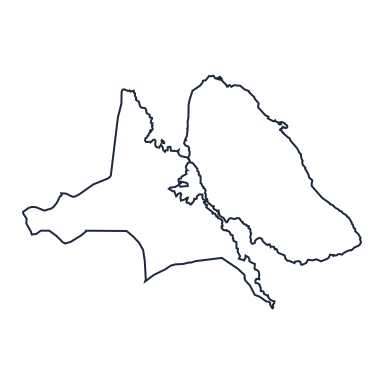 Samosir, Sumatera Utara, Indonesia (Albers equal-area conic projection)
{"feature_id": "22746128B81816662901100", "entity_name": "Samosir", "entity_type": "district", "adm_level": 2, "iso_a3": "IDN", "parent_name": "Indonesia", "parent_adm1": "Sumatera Utara", "projection": "albers", "projection_center": [98.751, 2.555], "detail": "fine", "context": "isolated", "style": "outline", "palette": "slate", "viewbox_px": 384, "rotation_deg": 0, "n_neighbors": 0, "source": "geoboundaries", "source_scale": "gbopen_adm2", "svg_char_len": 6057}
<svg xmlns="http://www.w3.org/2000/svg" viewBox="0 0 384 384"><path d="M186.8,136.3L185.3,139.3L186.0,140.1L184.9,140.5L184.1,143.4L185.5,145.4L188.2,146.5L189.2,148.3L188.8,149.9L189.6,151.7L189.6,154.5L188.2,158.0L189.4,159.7L190.4,162.5L192.7,163.0L197.4,168.9L197.3,170.8L198.8,172.2L198.8,174.7L199.4,175.6L200.2,175.6L200.6,176.8L200.6,183.3L201.6,183.8L202.6,186.5L203.6,187.0L203.5,188.1L204.7,188.8L205.6,190.3L205.0,193.2L205.9,194.4L205.7,197.1L206.3,198.9L207.1,199.1L207.7,202.2L212.9,206.7L213.9,206.2L214.1,205.3L213.9,206.2L212.9,206.7L214.0,209.1L216.2,210.1L216.8,211.1L218.5,210.6L218.4,213.9L219.1,213.3L219.7,215.7L223.6,218.0L226.2,222.2L227.1,222.2L228.6,219.3L230.5,218.1L234.7,219.1L236.9,218.1L239.2,218.2L241.7,221.7L242.7,222.0L242.9,221.3L242.7,222.8L243.9,224.0L246.1,224.7L247.2,225.8L248.0,225.0L247.2,225.8L248.9,226.3L248.4,228.2L250.2,229.0L250.6,232.9L251.2,233.3L250.2,237.0L251.0,240.0L250.7,241.7L252.1,243.8L254.7,243.1L255.1,240.9L256.6,239.2L259.4,237.9L260.4,238.2L262.0,239.0L262.8,241.3L266.1,244.2L267.6,245.2L268.5,244.3L269.9,244.5L270.7,247.0L271.2,246.5L274.0,246.9L274.8,249.3L275.8,249.0L277.0,249.6L277.6,252.0L278.8,253.1L284.6,255.4L285.3,258.4L287.4,260.8L288.7,260.7L294.5,263.1L294.9,261.8L298.7,261.0L300.5,262.1L301.0,264.5L302.2,264.8L306.3,262.9L307.9,259.8L312.6,260.3L316.5,259.3L321.0,261.3L327.2,258.8L328.8,257.6L330.1,254.7L331.8,254.8L333.3,255.9L333.9,255.0L335.7,255.6L338.8,254.0L342.2,254.6L343.3,253.3L347.0,251.2L350.5,250.0L351.5,250.3L354.5,247.4L358.2,245.9L360.1,244.2L361.0,242.1L359.9,239.2L360.6,238.1L358.3,234.0L355.2,231.2L355.2,228.9L353.9,228.2L352.7,224.5L351.9,223.9L351.5,222.0L348.6,217.4L347.4,217.1L346.4,215.3L342.7,213.0L341.8,211.6L339.2,210.7L338.5,209.5L335.5,207.9L332.4,204.9L330.0,204.2L329.5,203.1L322.2,197.9L311.9,186.2L311.6,184.0L311.5,184.7L311.6,183.9L312.3,181.1L312.3,180.3L309.2,177.6L308.3,174.2L305.1,168.7L305.4,167.8L302.6,164.6L302.2,161.4L302.7,160.9L301.3,158.2L300.8,153.9L299.8,153.4L297.1,148.3L290.5,140.6L289.6,138.2L288.4,137.7L283.3,133.3L283.4,132.6L282.2,132.1L281.7,130.9L280.0,130.0L280.4,129.1L281.9,128.6L282.2,127.5L283.3,127.6L283.2,127.0L286.0,128.1L287.1,127.5L287.4,126.3L286.8,125.2L284.9,124.0L284.8,123.3L281.8,122.0L280.3,122.3L281.0,124.1L279.9,124.5L278.7,124.0L278.8,122.7L275.2,121.2L275.1,120.4L273.3,121.3L267.9,118.4L268.5,116.8L265.3,115.2L258.1,107.3L258.6,103.2L254.9,99.0L254.3,97.2L248.8,91.9L248.9,91.1L244.7,89.5L240.1,85.7L233.9,85.2L231.4,86.8L229.7,85.1L228.3,85.6L228.1,86.5L226.8,86.5L226.2,84.9L220.8,79.3L219.8,79.7L215.1,78.3L213.6,75.7L210.8,76.3L209.1,76.0L205.6,80.4L203.0,80.7L202.4,82.8L200.1,85.6L192.5,90.8L189.7,99.4L188.6,105.0L188.4,118.1L187.6,121.3L187.8,127.7L187.1,128.5L187.6,129.6L186.8,136.3ZM61.2,193.3L61.6,195.3L60.0,196.3L56.8,202.9L53.5,207.0L51.1,208.6L44.3,210.6L36.3,207.3L32.0,206.9L28.7,207.9L23.0,211.9L23.4,213.9L26.6,218.7L26.3,223.4L30.9,231.6L31.8,234.5L36.2,234.0L40.8,230.7L49.3,230.7L56.9,236.3L62.9,242.3L65.1,243.5L70.6,241.9L81.0,235.5L86.2,231.2L86.1,230.7L126.6,231.0L133.5,236.8L139.2,243.0L143.1,249.9L144.7,260.5L145.8,279.3L145.2,281.4L153.7,275.0L165.3,269.3L170.8,265.6L175.2,264.4L182.9,264.0L189.5,262.4L190.4,262.7L195.8,261.1L221.8,257.9L237.9,268.8L244.4,274.9L244.8,277.2L244.4,277.9L245.4,280.5L250.0,285.6L254.7,294.8L259.4,296.6L266.1,301.3L268.9,301.8L270.0,302.7L270.4,305.2L272.4,308.3L273.2,307.7L272.9,304.7L274.2,303.2L274.4,301.2L272.8,301.1L270.1,299.5L268.0,296.9L268.0,295.4L266.8,295.4L264.0,293.8L263.6,291.9L262.7,291.2L260.8,291.0L260.7,287.4L259.8,286.5L259.8,284.9L257.9,283.3L255.7,283.0L255.3,281.1L255.9,279.5L256.7,278.8L259.3,279.3L258.9,276.3L259.4,275.1L258.7,271.6L256.7,269.8L255.2,269.6L254.5,268.1L254.9,264.0L250.4,262.0L249.2,260.8L249.5,259.2L248.4,257.3L245.6,255.6L245.4,258.4L244.6,258.9L244.2,260.4L238.9,258.7L240.1,256.2L237.6,251.7L238.0,248.8L236.5,248.2L236.4,242.2L233.5,240.7L233.3,238.7L232.8,238.5L232.7,235.3L230.5,234.6L230.3,233.2L229.0,231.4L226.6,230.7L226.5,230.1L224.0,230.3L221.8,228.4L221.5,227.8L222.5,226.3L221.7,226.0L222.4,224.5L222.0,223.2L222.5,221.1L220.9,219.1L217.9,218.0L217.7,216.8L216.4,216.6L215.1,213.7L213.4,213.3L211.9,214.1L213.0,212.9L212.6,212.2L206.3,207.3L207.2,205.1L205.5,204.7L205.4,203.8L204.2,202.9L203.9,202.0L205.3,201.9L205.7,200.7L202.9,199.0L202.3,197.2L202.5,194.6L199.6,194.3L197.7,195.6L196.9,196.3L196.6,198.7L195.5,199.1L194.4,198.7L193.5,201.7L192.1,202.9L191.5,204.3L190.2,204.5L189.1,203.0L186.8,202.7L186.4,201.8L187.9,197.7L186.6,198.0L185.5,199.2L181.0,200.6L180.4,197.4L181.3,194.3L180.4,193.0L178.2,193.9L177.3,194.8L177.0,195.4L176.6,196.1L176.4,196.3L176.2,196.4L174.3,191.2L173.0,191.4L168.9,188.8L170.3,187.6L175.1,187.0L179.2,184.6L180.3,186.7L187.8,186.0L187.5,183.5L185.9,182.7L180.9,181.7L180.9,183.1L179.2,183.4L178.4,179.6L179.5,178.6L180.8,178.5L181.8,176.5L186.5,173.9L185.8,171.7L186.1,171.0L187.4,170.4L186.6,170.0L185.9,167.5L186.2,165.9L188.0,162.9L190.1,161.9L188.9,159.4L186.7,157.3L181.4,156.3L179.3,155.0L178.1,152.4L178.6,150.2L177.4,151.2L170.9,150.7L170.4,146.9L169.8,146.7L167.7,147.2L167.6,150.3L165.9,150.3L164.9,151.8L163.3,150.2L162.5,146.8L160.9,144.7L159.1,147.7L156.3,146.9L155.2,145.1L155.5,140.7L154.8,139.9L153.4,139.7L150.4,142.5L149.5,141.8L145.9,142.0L145.1,140.7L145.4,138.2L146.8,137.6L147.6,135.6L148.4,135.5L148.9,133.7L150.9,131.6L150.0,131.0L150.7,130.1L152.2,129.9L152.7,129.0L151.9,126.3L152.6,125.6L152.0,124.8L152.5,123.3L150.8,122.7L151.0,120.6L152.2,118.4L151.7,117.6L149.8,117.4L149.6,114.8L146.7,113.2L145.9,109.3L144.9,108.1L141.1,107.5L139.9,105.9L138.9,101.8L135.9,99.7L136.2,97.8L134.9,95.9L135.0,93.3L134.1,92.8L133.8,90.7L130.4,91.6L129.5,90.4L127.9,91.0L124.5,89.4L122.6,89.6L121.6,91.9L121.4,103.8L117.9,117.3L110.8,175.7L109.0,177.8L106.7,179.0L93.5,184.3L79.3,194.3L74.7,196.7L72.4,196.7L66.0,193.6L61.2,193.3ZM164.2,142.2L162.0,140.1L161.5,140.8L162.0,142.7L164.1,143.1L164.2,142.2ZM220.1,76.9L218.6,77.5L221.0,78.0L220.1,76.9Z" fill="none" stroke="#1e293b" stroke-width="2"/></svg>